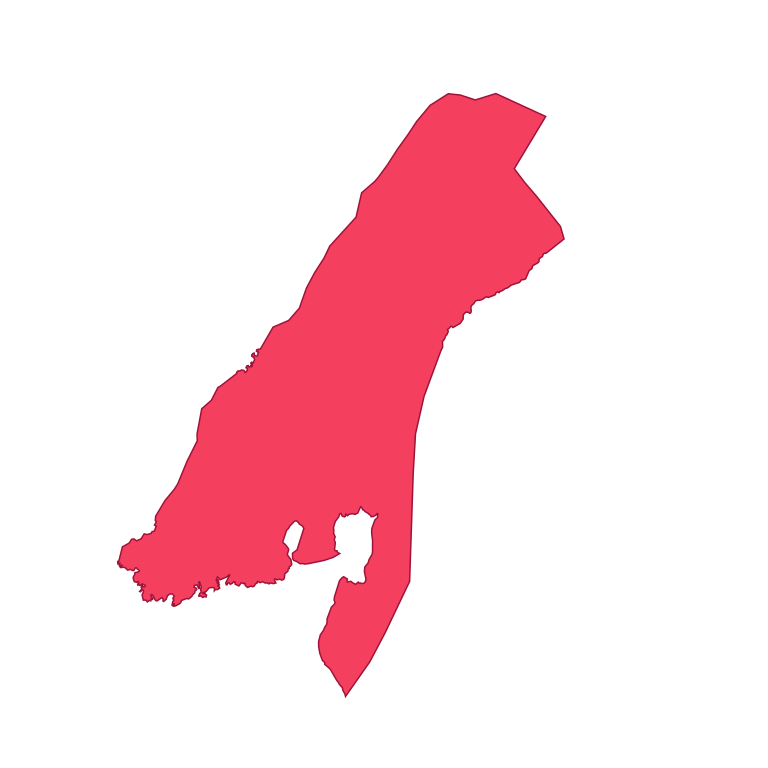 Tes, Uvs, Mongolia (Robinson projection), rotated 303°
{"feature_id": "93677404B95477416374821", "entity_name": "Tes", "entity_type": "district", "adm_level": 2, "iso_a3": "MNG", "parent_name": "Mongolia", "parent_adm1": "Uvs", "projection": "robinson", "projection_center": [93.296, 50.387], "detail": "fine", "context": "isolated", "style": "filled", "palette": "rose", "viewbox_px": 768, "rotation_deg": 303, "n_neighbors": 0, "source": "geoboundaries", "source_scale": "gbopen_adm2", "svg_char_len": 6069}
<svg xmlns="http://www.w3.org/2000/svg" viewBox="0 0 768 768"><g transform="rotate(303 384 384)"><path d="M101.0,521.9L143.4,523.4L176.2,520.4L232.4,513.0L324.9,457.2L359.3,437.6L395.5,424.3L442.8,413.6L446.9,413.1L451.5,409.9L454.4,410.3L458.5,409.4L459.5,409.9L462.6,409.4L463.3,409.1L464.3,407.5L465.7,408.2L468.6,408.6L469.2,409.5L468.9,411.1L476.4,414.9L481.6,415.0L485.1,412.8L488.6,413.4L489.9,415.1L490.0,417.5L491.2,418.0L492.6,417.5L496.0,414.8L498.5,414.9L500.1,415.5L503.3,415.5L505.4,417.0L505.9,418.2L508.0,420.1L513.0,422.4L513.4,424.4L518.8,428.3L519.8,428.7L521.4,428.2L523.2,429.1L523.3,430.8L524.7,430.8L526.6,432.3L529.9,433.6L532.3,435.5L536.2,436.8L543.0,442.3L546.3,442.6L548.0,444.7L549.3,445.5L558.1,444.0L561.5,445.2L564.2,444.3L569.8,447.2L571.1,447.3L573.6,445.9L577.2,447.4L579.7,446.9L581.0,447.3L581.8,448.5L582.7,449.0L603.7,456.0L612.2,446.2L624.5,409.7L629.5,392.7L635.5,376.0L696.4,373.9L688.5,319.6L671.9,305.8L667.9,290.6L662.4,279.8L642.9,270.9L622.0,268.4L607.1,268.3L588.3,267.4L569.5,267.5L553.8,266.6L548.8,265.9L532.2,261.1L508.7,269.7L470.1,263.4L457.0,265.1L439.4,265.2L422.3,266.7L401.5,271.7L385.3,269.4L371.3,260.0L345.8,261.3L344.9,259.8L343.4,258.6L342.0,259.1L342.0,260.4L342.8,260.6L342.3,261.4L338.7,262.4L338.2,262.3L337.2,260.0L339.2,258.3L338.5,257.6L336.5,257.2L335.2,258.1L335.6,259.3L334.9,260.3L335.0,261.0L334.0,262.2L330.3,262.8L329.5,262.1L330.2,261.2L329.1,260.8L328.6,261.7L328.7,262.7L327.2,262.2L327.0,263.0L327.5,263.4L326.8,263.8L326.2,263.5L326.1,262.4L324.8,261.6L324.7,260.9L325.5,260.1L324.7,259.2L322.8,259.2L322.4,259.7L322.8,260.7L322.4,261.3L319.6,262.0L318.0,261.2L319.1,259.4L318.8,258.4L318.2,256.9L316.5,256.0L315.4,254.4L313.6,254.1L312.5,254.7L292.8,247.8L290.7,246.6L276.3,248.1L264.0,244.6L240.1,254.5L234.7,258.3L212.0,260.9L187.9,265.4L181.7,265.5L166.9,263.8L148.7,264.5L144.9,266.6L144.4,268.1L140.6,268.4L140.7,270.4L135.4,271.5L133.9,269.9L131.6,269.9L130.5,268.9L128.7,267.2L127.7,264.5L121.8,264.6L117.7,261.8L117.9,258.6L116.3,256.9L111.8,256.9L104.9,253.3L90.6,258.2L90.1,257.3L88.1,258.9L88.4,259.3L89.4,258.8L89.0,259.7L89.6,260.2L88.0,260.5L87.7,260.9L88.4,261.7L86.6,261.6L89.8,263.5L86.8,262.5L86.5,262.9L88.6,265.7L88.9,266.9L88.3,270.4L90.3,272.2L90.8,275.2L91.4,275.8L94.1,275.6L94.8,276.1L94.9,277.0L94.3,278.1L94.6,279.8L94.0,280.7L93.1,280.6L90.1,277.9L88.2,278.7L85.8,278.8L84.4,279.5L82.2,282.2L83.0,284.6L84.4,285.2L84.5,285.8L83.4,286.5L81.9,286.4L81.4,287.0L82.8,287.2L81.9,288.0L82.4,289.3L84.8,290.2L84.5,291.1L85.1,291.8L85.1,293.4L84.5,293.9L83.5,293.6L83.0,292.7L83.1,290.8L81.3,291.0L81.3,291.9L80.2,292.4L76.9,292.1L77.1,292.9L79.8,293.4L79.9,294.7L79.0,295.3L75.3,296.0L71.6,299.9L73.1,302.0L72.3,304.2L74.6,305.1L75.2,306.6L76.9,305.8L77.3,307.1L77.8,307.1L78.8,305.6L79.1,304.2L80.0,303.4L80.9,303.9L80.6,305.9L78.6,308.9L78.0,311.0L78.7,311.9L83.9,314.1L83.5,315.7L81.4,317.2L81.5,317.6L84.9,318.6L88.4,317.7L91.2,318.7L92.7,320.9L91.7,323.8L89.7,323.5L88.8,324.1L89.0,324.7L88.3,325.5L86.6,325.3L83.0,326.7L83.2,327.3L85.1,327.2L85.5,327.8L85.0,328.2L83.5,327.8L82.9,328.1L82.9,328.5L84.6,330.2L88.6,332.3L90.0,332.6L92.2,332.1L96.6,335.3L97.3,337.2L100.9,338.5L103.2,338.4L105.7,339.0L107.5,338.2L109.0,338.8L110.0,338.7L110.6,337.3L110.1,335.6L111.7,334.7L113.8,336.7L111.7,339.7L111.7,340.2L112.2,340.4L115.7,338.0L116.6,336.7L117.5,336.7L117.4,337.8L115.6,339.0L115.3,340.4L114.4,341.2L111.4,342.3L110.6,343.5L109.6,343.9L107.9,343.5L105.4,344.0L105.2,344.5L106.4,345.3L106.3,348.3L108.0,349.3L108.6,350.8L110.4,350.1L110.4,348.3L111.1,347.8L109.9,347.0L109.7,346.0L110.3,345.7L113.1,347.8L117.3,348.3L118.3,348.9L120.7,352.1L120.3,353.0L118.2,354.3L119.7,354.5L120.9,356.3L123.3,357.4L124.2,356.3L124.1,354.6L124.4,354.3L125.9,355.3L126.5,354.1L126.1,353.0L126.4,352.3L127.3,352.0L127.1,353.1L127.4,353.7L129.4,352.0L129.4,351.2L128.0,350.5L128.3,349.9L131.5,349.4L130.8,353.4L136.4,357.1L140.5,358.5L130.9,359.6L129.7,361.2L130.0,361.7L132.5,361.4L132.8,362.3L132.3,364.2L134.7,365.5L136.4,365.6L136.3,366.4L136.8,367.1L135.1,368.1L135.5,372.0L135.9,372.4L139.5,372.5L139.8,372.8L140.0,374.7L141.0,375.5L140.9,376.3L140.0,376.6L139.4,377.8L139.1,380.4L142.1,382.5L142.4,384.2L143.7,385.2L146.2,385.1L148.1,386.0L149.0,385.3L149.6,385.5L149.9,388.3L152.1,389.8L152.4,393.0L153.5,394.0L153.7,396.4L155.4,397.2L156.3,400.0L158.3,401.7L159.5,399.4L160.7,398.5L161.2,398.6L161.4,400.8L163.5,402.9L163.8,404.9L164.5,405.7L165.8,406.3L167.2,406.0L170.9,404.2L174.6,405.4L176.4,404.5L177.6,405.1L179.1,404.1L180.3,404.8L182.6,404.8L186.0,401.6L188.2,395.8L193.2,394.3L194.1,393.0L195.6,388.8L196.0,385.6L197.0,384.9L208.2,382.0L210.8,382.6L213.8,382.4L220.2,383.7L221.5,384.9L221.4,387.0L220.4,389.5L220.5,392.9L219.3,395.4L197.5,401.4L192.1,399.4L187.7,402.6L186.9,404.6L187.6,407.3L187.5,411.3L189.1,413.6L189.8,415.6L192.4,418.7L203.5,429.9L210.9,435.8L217.7,439.2L217.5,436.8L218.5,435.4L217.7,434.0L218.2,432.7L224.4,429.6L226.3,427.1L229.2,426.3L231.2,423.2L234.3,421.4L235.9,419.9L242.2,418.0L247.7,418.4L251.1,417.6L252.0,418.3L250.5,420.9L250.9,423.1L251.9,423.7L254.0,422.9L253.6,425.0L255.7,425.7L257.0,427.0L258.4,428.7L258.5,430.0L259.1,430.9L261.5,432.3L268.3,431.2L268.3,432.6L267.0,434.5L267.1,436.1L266.7,437.6L266.9,441.4L266.6,441.8L266.6,443.7L265.7,445.6L267.3,447.4L269.9,448.7L271.4,448.6L271.8,449.3L268.5,451.3L265.2,450.4L256.4,452.4L252.7,454.5L246.3,459.8L236.5,466.1L234.3,466.8L228.5,467.1L225.2,468.1L220.0,467.6L216.0,469.7L210.6,475.1L208.1,476.0L206.2,475.8L205.0,474.7L204.1,472.3L203.4,471.8L203.8,470.2L201.2,469.6L200.3,468.8L200.6,467.8L200.1,466.8L200.5,463.7L198.1,461.1L198.6,460.2L200.5,459.6L200.4,455.1L198.2,454.2L194.8,453.8L178.2,458.5L175.7,459.8L174.0,462.0L172.1,462.3L168.3,461.4L155.9,464.2L153.0,466.1L150.8,466.9L148.1,466.7L144.7,467.4L139.0,467.2L132.2,469.5L128.1,472.3L123.3,476.7L119.1,482.2L118.5,483.3L118.2,486.1L116.6,486.9L115.6,494.2L109.5,506.2L108.8,508.6L107.8,510.0L106.7,514.3L104.4,516.8L102.8,519.9L101.0,521.9Z" fill="#f43f5e" stroke="#9f1239" stroke-width="1.5"/></g></svg>